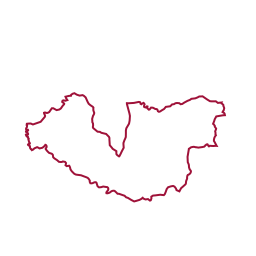 the district of Tupambaé, Cerro Largo, Uruguay, rotated 310°
{"feature_id": "84410073B70761357527", "entity_name": "Tupambaé", "entity_type": "district", "adm_level": 2, "iso_a3": "URY", "parent_name": "Uruguay", "parent_adm1": "Cerro Largo", "projection": "mercator", "projection_center": [-54.805, -32.631], "detail": "fine", "context": "isolated", "style": "outline", "palette": "rose", "viewbox_px": 256, "rotation_deg": 310, "n_neighbors": 0, "source": "geoboundaries", "source_scale": "gbopen_adm2", "svg_char_len": 5564}
<svg xmlns="http://www.w3.org/2000/svg" viewBox="0 0 256 256"><g transform="rotate(310 128 128)"><path d="M112.5,208.1L115.2,207.5L115.8,207.4L116.0,207.4L116.4,207.4L117.5,207.6L121.6,208.2L122.0,208.2L122.4,208.1L122.7,208.0L124.3,206.9L124.9,206.6L125.4,206.4L127.0,205.9L127.4,205.7L127.7,205.4L128.3,204.9L128.8,204.6L129.0,204.5L129.2,204.4L129.5,204.2L130.4,204.0L131.4,204.5L132.8,204.8L134.0,204.7L135.1,204.2L135.6,203.6L135.8,202.8L135.9,201.9L136.1,201.7L136.6,200.8L136.8,200.4L137.0,200.2L137.2,199.9L138.7,198.5L139.0,198.1L139.2,197.8L139.7,196.9L140.0,196.1L140.3,195.7L143.7,192.6L144.1,192.2L144.8,191.8L150.4,188.5L151.2,188.0L152.3,188.4L153.5,188.6L154.7,189.4L155.9,190.5L156.5,191.6L156.9,192.5L157.1,192.6L157.2,192.8L158.0,194.1L158.1,194.4L161.4,197.4L162.7,198.3L162.8,198.4L163.0,198.4L163.7,198.5L164.6,198.4L164.8,198.5L165.2,198.7L165.3,198.7L165.5,198.7L165.8,198.7L166.0,198.8L166.4,199.2L166.6,199.4L166.6,199.5L166.4,199.8L165.9,201.6L165.9,201.8L166.0,201.9L167.0,202.1L168.1,203.7L169.2,205.1L169.4,205.3L170.3,206.2L171.1,207.1L171.3,207.4L173.1,202.9L173.3,202.1L174.5,201.2L175.9,200.5L177.3,200.1L179.0,200.0L179.3,199.1L180.4,198.3L181.5,196.9L183.4,196.3L184.2,195.9L184.8,193.6L185.4,193.2L185.7,192.2L186.0,191.1L185.9,190.5L188.6,189.6L190.5,188.8L193.6,188.2L196.6,190.7L198.1,192.0L198.6,192.4L200.1,194.0L201.1,192.7L201.3,191.7L201.0,190.2L201.9,190.0L203.2,189.9L204.1,189.4L205.0,189.0L205.5,188.3L206.0,187.2L207.0,186.1L207.0,185.5L207.1,184.8L207.1,184.3L206.9,183.9L207.1,183.3L207.6,183.2L205.0,180.7L204.9,178.1L202.3,175.1L201.2,173.5L200.7,170.1L200.4,166.8L200.2,164.8L197.9,162.3L196.1,161.6L194.0,160.5L191.1,157.8L189.4,157.4L187.0,156.1L183.7,154.8L181.3,154.1L180.0,153.0L180.0,151.4L178.6,149.4L177.4,148.4L175.8,147.9L174.4,146.6L171.8,146.4L168.5,143.4L165.7,143.4L163.5,142.6L161.4,142.0L160.3,141.3L160.1,140.1L160.4,139.6L161.0,138.6L160.9,137.8L160.1,136.7L159.8,135.1L159.5,133.9L158.4,132.5L157.1,132.6L156.0,132.6L155.4,132.1L155.5,131.4L155.5,130.4L155.6,129.8L156.5,129.4L157.0,129.1L156.8,128.6L155.9,128.4L155.0,128.2L154.5,127.0L154.9,126.3L155.8,125.8L156.8,125.5L157.2,124.6L157.2,123.7L155.7,123.1L154.8,123.0L154.6,122.1L155.1,121.5L155.5,120.5L154.9,119.5L151.0,116.4L147.3,112.5L146.3,111.2L145.7,111.7L140.1,119.7L138.5,121.7L134.7,124.5L132.0,126.0L130.3,126.3L126.7,126.9L124.7,128.0L122.7,129.7L119.7,132.1L118.0,132.7L116.4,133.1L113.7,134.1L112.8,134.8L110.1,137.4L106.4,138.2L102.9,139.1L101.0,139.5L100.5,139.4L100.3,137.3L100.5,136.0L101.5,135.0L102.3,134.4L102.8,133.9L102.5,131.8L102.2,129.6L102.5,128.5L103.1,125.1L107.4,121.0L108.4,120.2L109.0,119.1L109.2,117.0L109.4,115.1L107.2,110.7L107.0,109.0L105.6,107.0L105.6,104.5L105.6,101.4L106.1,100.5L107.7,99.5L109.0,98.2L109.5,97.0L110.7,95.9L111.9,94.7L114.8,93.4L116.5,93.1L117.8,92.5L119.2,90.2L120.5,89.0L121.4,88.4L121.6,87.4L121.3,84.5L121.3,82.3L122.1,80.2L124.2,75.9L124.3,73.5L124.0,72.1L121.7,70.1L120.6,67.3L120.2,64.6L118.7,63.6L116.9,63.1L116.1,63.6L114.5,62.0L112.7,60.7L111.8,60.0L111.0,61.5L110.4,63.6L108.6,62.5L107.7,60.8L106.9,60.3L105.7,60.8L105.7,63.4L105.1,63.8L103.1,63.7L99.8,64.0L98.0,63.5L95.8,61.8L95.4,59.7L95.1,58.1L94.2,57.0L91.6,57.2L89.6,57.4L88.3,56.9L87.4,56.3L86.5,54.4L85.7,53.9L85.2,54.4L84.6,55.7L84.0,56.7L83.1,57.1L76.6,57.1L69.6,52.9L68.9,50.6L67.2,48.7L66.2,47.8L65.2,48.4L65.3,48.7L65.3,48.9L65.2,49.0L64.0,49.8L63.3,50.1L63.0,50.2L62.7,50.1L62.2,50.2L61.9,50.5L61.7,50.6L61.5,50.8L61.4,50.9L61.4,51.1L61.4,51.3L61.4,51.6L61.5,51.7L61.7,51.9L62.0,52.2L62.2,52.4L62.3,52.5L62.2,52.7L62.1,52.9L62.0,53.0L61.8,53.0L61.6,53.0L61.3,52.8L60.3,52.1L60.1,52.0L59.9,52.0L59.7,52.1L59.5,52.4L59.5,52.6L59.5,52.8L59.9,53.5L59.8,54.0L59.7,54.1L59.5,54.4L59.5,54.9L59.3,55.2L59.1,55.4L58.9,55.5L58.7,55.5L58.5,55.4L58.4,55.2L58.2,54.8L57.9,54.5L57.6,54.4L57.5,54.1L57.3,54.1L57.2,54.1L57.1,54.3L57.0,54.7L56.7,55.0L56.5,55.9L56.7,56.4L56.9,56.7L57.0,56.9L56.7,57.3L56.3,57.4L56.2,57.6L56.1,58.7L55.9,58.9L55.5,58.8L55.2,59.0L54.4,60.3L53.7,61.1L53.7,61.3L53.6,61.7L53.4,62.1L53.3,62.6L53.2,62.7L53.0,62.8L52.8,62.8L52.6,62.8L52.4,62.7L52.1,62.2L51.1,62.0L50.9,62.1L50.8,62.3L50.8,63.0L50.9,63.7L51.1,64.2L51.0,64.6L50.8,64.8L50.4,65.1L49.8,65.8L49.5,66.6L49.4,67.1L49.7,67.6L49.7,67.8L49.6,68.0L49.4,68.1L49.1,68.1L48.6,68.3L48.4,68.2L50.5,69.2L52.3,69.4L54.9,70.7L55.3,72.1L55.5,73.4L57.8,75.1L59.6,75.5L61.2,75.6L62.0,75.5L62.2,76.0L62.0,76.8L61.8,77.3L61.1,77.9L60.2,78.1L59.4,78.1L58.9,78.6L58.4,81.1L58.2,83.5L59.3,86.2L59.2,87.5L58.4,88.5L57.5,89.5L57.4,91.1L57.8,94.4L57.7,96.8L58.8,98.5L59.7,99.3L60.5,99.6L61.6,101.6L61.5,102.2L61.3,103.1L60.2,103.7L59.3,104.1L59.4,105.6L60.3,106.3L61.3,107.2L61.1,107.9L60.5,109.0L59.3,110.6L58.7,112.8L58.4,116.1L58.7,117.7L59.3,118.8L61.6,122.4L62.5,125.0L63.4,127.5L63.9,129.2L63.7,130.9L63.1,132.6L62.2,133.2L61.5,134.7L62.1,135.6L63.1,136.4L64.7,137.1L65.8,138.2L65.7,139.3L64.9,140.4L63.9,142.0L63.8,143.7L64.4,144.5L65.6,145.6L67.2,146.6L68.4,148.6L69.4,150.2L69.3,151.3L68.6,152.2L67.5,152.7L66.2,152.7L64.8,152.8L64.2,153.4L64.6,154.1L65.8,155.0L66.8,155.5L69.0,156.0L70.4,156.9L71.2,158.1L71.1,160.6L70.9,162.2L71.8,163.4L73.0,166.6L73.9,168.9L73.7,171.1L74.4,172.8L75.0,176.8L75.7,179.9L77.4,181.1L80.3,183.0L82.0,183.7L84.0,184.1L83.8,185.1L84.5,187.3L86.4,189.0L86.5,191.5L87.3,191.9L89.1,191.2L90.4,190.0L92.3,190.6L93.9,192.2L97.6,195.6L99.6,198.6L100.9,198.7L103.2,198.0L106.1,196.9L108.4,196.8L110.9,198.4L112.6,199.8L113.0,201.3L112.5,203.6L111.6,205.1L112.5,208.1Z" fill="none" stroke="#9f1239" stroke-width="2"/></g></svg>